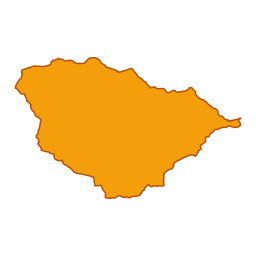 Pipirig, Neamt, Romania
{"feature_id": "2599482B8235674515864", "entity_name": "Pipirig", "entity_type": "district", "adm_level": 2, "iso_a3": "ROU", "parent_name": "Romania", "parent_adm1": "Neamt", "projection": "robinson", "projection_center": [26.056, 47.218], "detail": "fine", "context": "isolated", "style": "filled", "palette": "amber", "viewbox_px": 256, "rotation_deg": 0, "n_neighbors": 0, "source": "geoboundaries", "source_scale": "gbopen_adm2", "svg_char_len": 5740}
<svg xmlns="http://www.w3.org/2000/svg" viewBox="0 0 256 256"><path d="M140.1,194.7L141.2,193.4L141.2,192.8L142.6,191.2L142.6,190.9L143.9,190.1L144.7,189.1L144.6,188.2L146.5,186.5L146.6,185.9L147.4,185.4L148.5,185.1L148.9,184.9L149.4,185.3L150.0,186.1L151.3,186.8L152.4,186.4L155.0,185.6L156.5,186.3L159.2,185.8L161.4,186.0L162.9,185.9L163.8,185.6L163.9,185.1L164.1,184.5L163.7,182.4L163.4,181.8L163.9,180.1L163.6,178.8L163.9,177.8L164.0,176.2L163.8,174.9L163.8,174.7L164.2,174.2L164.1,173.7L164.1,173.4L165.9,171.7L167.1,170.9L167.8,170.3L170.5,169.2L172.1,168.7L173.7,165.9L173.7,165.5L173.5,165.0L173.9,164.1L174.9,162.4L175.4,161.9L176.5,161.6L177.2,160.9L177.6,160.6L180.3,159.7L181.1,158.9L181.8,158.7L183.4,157.7L183.8,157.3L184.5,157.1L185.3,157.1L186.0,156.8L187.2,156.5L188.4,155.5L189.5,155.3L190.4,154.8L192.0,154.9L192.8,155.0L193.2,155.3L194.5,155.4L194.7,155.8L195.0,156.0L195.9,155.9L196.4,155.0L196.7,154.8L197.2,153.0L198.5,152.0L198.2,151.2L198.3,150.8L200.8,149.3L201.1,148.7L200.4,146.5L200.5,145.8L200.8,145.2L201.2,145.0L201.5,145.0L201.8,144.5L203.3,143.6L204.7,142.2L205.6,141.7L205.8,141.4L205.6,140.8L205.6,140.5L205.5,139.5L205.7,138.8L205.8,137.8L206.3,136.6L206.6,136.6L206.9,136.8L207.7,136.9L208.6,136.8L209.4,135.8L209.5,135.2L210.3,133.7L211.2,133.3L211.6,132.9L213.4,131.7L214.3,130.0L214.7,129.8L217.4,129.4L219.2,128.8L221.2,127.6L222.3,127.7L223.7,127.0L224.7,127.5L226.5,127.3L228.4,126.1L229.3,126.0L229.9,126.0L230.8,126.2L231.5,126.7L235.3,127.5L236.2,127.2L237.9,127.1L238.8,126.6L239.2,126.4L239.7,125.7L240.1,125.4L240.2,125.0L240.5,125.0L240.6,124.8L239.6,122.0L238.8,121.6L238.8,119.5L240.6,118.6L240.0,117.9L239.4,118.7L236.1,119.6L232.6,120.3L232.2,120.4L232.3,120.7L230.8,120.9L230.8,120.6L229.1,120.7L228.6,120.4L228.6,120.2L228.1,120.2L227.9,120.6L227.9,120.9L227.5,120.5L227.6,120.4L227.5,120.1L227.3,119.8L225.2,119.4L224.9,119.3L224.3,118.7L223.5,117.5L222.3,116.4L221.8,116.2L219.6,115.8L218.7,114.9L218.3,114.1L217.9,113.6L217.8,113.3L218.0,111.9L217.1,109.9L216.6,109.3L215.5,108.7L213.3,108.5L213.1,108.1L212.4,107.3L211.5,106.9L211.2,106.3L208.4,104.5L207.8,103.7L207.0,103.0L206.1,101.7L204.6,101.0L203.8,99.9L203.0,99.9L202.7,99.7L200.1,98.8L198.5,97.5L197.9,97.3L197.6,96.8L197.3,96.7L197.0,96.0L195.7,94.4L195.5,93.7L195.5,92.0L195.3,91.4L193.0,89.3L192.5,88.5L191.7,87.7L189.4,87.7L189.0,88.4L188.9,88.8L188.6,89.1L187.8,89.4L187.4,89.8L184.9,91.4L182.5,91.2L180.5,92.2L180.0,91.9L178.9,91.8L177.8,92.1L176.7,92.2L175.4,91.4L174.8,90.4L174.0,90.3L172.6,90.7L171.0,91.6L169.4,92.2L168.3,92.8L167.2,92.4L166.0,91.4L165.8,91.2L165.5,90.4L165.1,89.7L163.4,88.6L162.4,88.5L159.0,88.7L157.1,88.5L156.4,88.1L155.6,87.8L154.3,86.8L153.2,87.3L151.8,87.4L150.2,87.9L149.9,86.8L149.0,86.0L148.2,85.8L147.8,85.2L147.6,84.8L146.3,83.4L146.3,82.9L144.6,81.4L143.4,80.8L141.8,78.8L141.3,78.4L139.8,77.7L139.5,77.4L138.3,77.1L138.1,76.9L137.1,74.8L135.1,72.4L134.6,72.1L134.3,71.5L133.6,70.9L133.5,70.4L133.0,69.6L131.8,68.7L131.0,68.6L128.9,69.0L126.7,69.9L125.2,70.8L122.9,71.0L119.7,72.3L119.1,72.1L118.8,71.5L118.6,71.4L117.5,71.9L117.1,71.0L115.7,70.2L112.3,69.0L110.5,68.6L109.7,67.9L108.1,67.7L106.7,67.1L105.7,67.1L105.5,66.8L105.6,65.9L105.5,65.6L102.7,64.0L101.1,62.7L100.4,61.3L99.9,60.4L97.6,58.6L95.0,57.7L94.3,57.7L92.2,58.0L91.0,57.9L89.9,58.0L87.5,59.6L87.3,60.4L86.7,61.0L85.6,61.5L85.0,62.9L81.9,63.5L78.3,63.4L77.0,63.4L76.0,63.2L75.0,62.8L74.1,62.0L72.8,61.2L70.7,60.3L68.6,60.4L67.8,60.5L67.0,60.9L65.1,61.0L61.8,59.1L59.6,59.1L58.5,58.3L56.9,59.2L55.9,59.9L55.0,60.3L52.8,60.3L52.3,61.2L51.4,61.7L51.2,62.4L50.8,64.2L50.6,64.5L49.8,64.9L47.0,65.8L44.4,66.4L43.7,66.4L41.7,66.6L39.0,66.2L36.4,66.2L35.0,66.0L34.3,66.0L32.5,66.4L31.3,66.8L30.8,67.1L29.9,67.9L28.6,67.8L27.4,68.1L23.7,69.6L23.3,69.5L23.0,69.7L22.2,69.8L22.2,70.1L21.7,71.5L21.7,72.5L21.9,73.3L22.4,74.0L22.5,74.3L22.3,74.8L21.6,75.7L21.3,77.1L21.5,78.2L19.0,80.0L18.1,81.5L17.0,83.7L16.5,84.3L16.0,85.4L15.4,87.4L15.8,87.8L15.6,88.2L16.9,88.9L17.8,89.7L18.4,90.5L18.5,91.1L19.4,91.7L19.9,92.6L21.2,93.8L22.1,94.0L24.5,94.0L24.5,94.7L24.9,95.3L25.7,97.3L25.9,97.6L26.4,98.7L26.7,100.6L26.9,101.0L28.1,101.7L29.9,103.9L30.5,104.2L30.9,104.7L30.9,105.3L30.7,106.0L30.6,107.0L31.5,109.4L32.7,110.7L33.1,111.3L34.1,111.9L34.6,113.6L34.8,113.9L35.0,114.7L36.1,116.4L36.3,116.6L38.2,117.2L38.8,117.6L40.7,119.5L41.1,120.0L40.9,121.3L40.1,123.0L40.1,123.4L40.3,124.4L40.0,125.0L39.9,126.0L39.6,126.7L39.5,127.7L39.3,128.1L39.3,129.0L38.1,130.7L38.3,132.0L38.1,133.2L37.8,134.1L36.3,135.6L36.2,136.3L36.2,137.5L37.3,137.9L38.3,138.9L38.3,139.8L39.1,141.7L38.7,142.4L38.0,143.2L37.9,143.7L38.5,144.5L38.7,145.1L38.9,145.4L40.1,146.3L40.5,146.9L41.4,148.6L41.4,149.3L41.2,150.1L42.5,150.5L43.6,151.0L45.1,151.3L47.2,151.8L48.2,151.9L49.4,152.3L50.1,153.4L53.0,153.9L53.9,154.2L53.9,156.0L54.1,157.2L54.4,158.1L55.1,159.1L55.6,159.5L57.9,160.5L58.9,160.7L61.0,160.8L61.4,160.6L61.9,160.0L62.2,160.0L62.3,160.1L63.2,163.3L64.6,164.7L66.4,165.3L67.5,165.9L67.7,166.1L68.1,167.0L69.1,167.3L70.0,167.8L72.7,170.4L73.3,171.4L74.1,172.2L75.9,172.8L76.7,173.2L77.5,173.3L79.7,173.9L80.7,173.8L81.5,174.0L83.0,174.1L85.7,175.1L88.5,175.6L90.9,176.3L91.4,176.8L93.0,176.9L93.7,177.1L93.9,177.8L94.0,179.6L94.2,180.9L94.1,182.2L94.6,183.5L94.7,185.3L95.1,185.8L98.6,185.7L99.7,185.3L100.4,185.4L101.5,185.7L101.6,186.0L101.5,186.8L101.8,187.6L103.3,190.3L105.4,192.7L105.5,194.1L105.3,196.7L105.4,197.6L108.7,198.3L110.8,198.2L112.0,197.7L114.1,198.0L114.9,198.0L115.4,197.8L117.1,196.4L118.5,195.6L121.2,196.2L122.3,196.9L123.5,197.4L126.2,197.1L127.3,196.8L128.3,197.6L129.7,197.7L130.5,197.5L130.8,197.0L131.5,196.7L132.8,196.4L136.6,196.2L138.9,195.6L140.1,194.7Z" fill="#f59e0b" stroke="#b45309" stroke-width="1.5"/></svg>